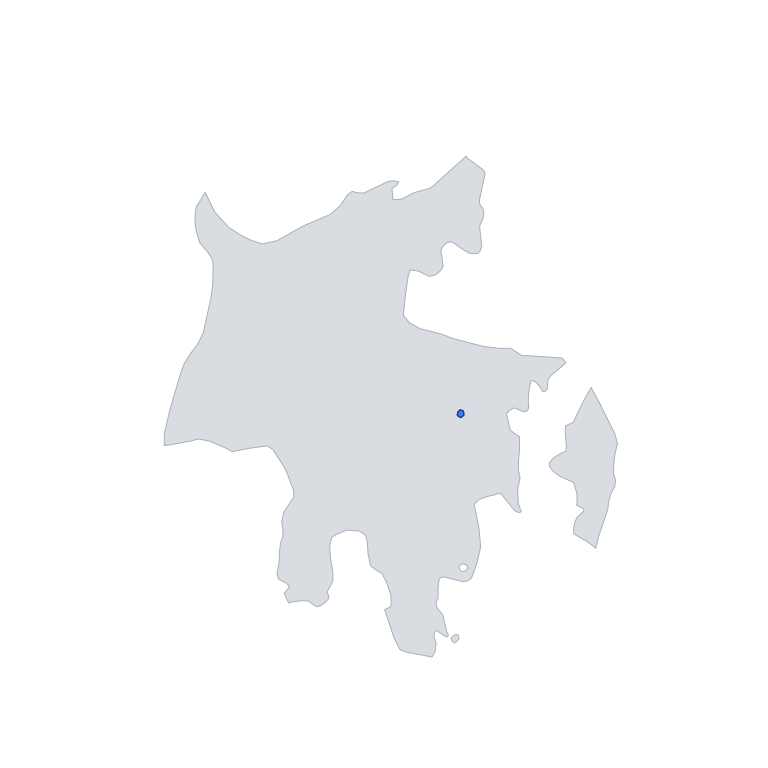 location of Khankendi City, Stepanakert, Azerbaijan, rotated 230°
{"feature_id": "54616110B15657888815271", "entity_name": "Khankendi City", "entity_type": "district", "adm_level": 2, "iso_a3": "AZE", "parent_name": "Azerbaijan", "parent_adm1": "Stepanakert", "projection": "mercator", "projection_center": [46.797, 39.842], "detail": "fine", "context": "in_parent", "style": "filled", "palette": "blue", "viewbox_px": 768, "rotation_deg": 230, "n_neighbors": 0, "source": "geoboundaries", "source_scale": "gbopen_adm2", "svg_char_len": 3680}
<svg xmlns="http://www.w3.org/2000/svg" viewBox="0 0 768 768"><g transform="rotate(230 384 384)"><path d="M505.7,593.3L503.1,593.1L483.9,597.7L479.9,596.3L463.5,575.3L460.2,573.0L453.1,572.1L448.9,568.6L445.6,563.0L443.6,558.8L426.7,547.4L424.2,543.3L423.8,539.6L426.3,536.3L429.2,533.5L437.5,530.6L447.1,528.2L450.2,526.4L451.8,523.4L451.7,518.5L450.1,513.7L436.2,505.0L434.7,501.2L434.3,496.6L435.1,491.8L437.2,488.0L448.6,482.8L454.6,477.5L450.8,471.5L438.6,457.9L424.1,443.0L414.4,442.8L403.2,447.2L385.4,460.0L375.5,465.5L362.6,474.5L348.6,484.5L337.1,495.2L329.9,504.0L317.2,507.8L310.7,515.1L289.3,537.2L283.3,536.9L283.0,526.0L283.2,517.3L281.9,512.3L275.0,505.5L274.9,502.5L276.7,500.7L282.1,501.8L288.9,501.4L292.1,498.7L284.8,489.7L278.3,483.6L272.8,479.5L271.6,477.1L271.6,475.4L272.7,473.3L282.1,468.3L283.1,463.7L282.5,458.6L267.5,451.0L256.3,453.8L246.3,445.3L239.8,438.7L231.8,431.7L224.6,427.8L217.8,419.0L205.8,409.8L198.1,407.2L198.2,405.8L199.6,404.1L202.8,402.7L224.2,403.1L226.8,401.4L228.1,397.5L231.0,391.7L234.4,383.1L234.1,375.9L212.7,364.2L197.2,353.4L186.4,339.2L179.1,326.2L179.3,321.8L181.4,317.7L198.1,305.6L199.2,302.5L198.8,300.4L192.9,294.2L185.4,287.9L183.1,283.2L178.4,280.8L169.5,280.7L153.8,272.8L150.5,272.1L149.7,270.5L150.5,268.9L161.7,265.8L161.5,263.2L158.1,259.7L151.8,257.2L146.0,250.9L144.0,245.3L164.2,228.8L170.2,225.5L183.4,228.6L210.8,239.5L209.0,245.5L211.8,249.0L218.0,253.6L230.1,258.3L240.3,260.7L245.5,258.6L253.4,256.9L263.6,262.3L273.0,269.1L277.7,271.9L280.3,272.7L287.4,270.5L296.0,261.6L299.4,251.0L300.3,245.8L295.3,238.7L285.0,231.0L273.4,224.3L266.0,218.3L261.2,206.5L256.5,205.2L255.2,203.6L254.5,199.6L254.7,194.0L256.3,189.6L261.0,187.7L265.7,187.1L270.0,182.9L275.4,174.8L277.6,170.3L287.7,172.9L289.1,180.1L290.9,181.7L295.0,180.8L302.0,177.8L307.5,180.1L314.6,188.8L324.5,197.9L329.8,204.1L331.9,208.3L336.9,212.4L344.3,217.2L350.2,224.8L355.4,242.3L360.7,246.4L379.7,253.0L386.3,254.4L404.9,256.7L411.5,255.0L421.1,239.9L429.7,224.4L437.8,221.1L452.4,213.6L461.1,206.5L464.8,198.8L473.0,184.3L478.1,176.1L486.7,183.4L501.6,203.0L522.8,235.0L528.0,244.0L531.4,254.4L534.4,267.0L539.2,278.2L560.7,306.2L570.0,316.5L585.2,329.9L590.6,332.8L597.7,333.7L610.7,333.7L622.7,338.9L628.6,342.6L634.8,347.9L640.3,354.0L645.8,370.3L624.9,364.9L604.0,365.7L592.1,369.2L580.6,374.0L569.6,380.7L562.7,393.8L556.9,424.0L548.4,452.1L548.7,465.1L552.4,477.6L552.0,483.5L548.1,486.0L543.2,491.3L536.7,516.9L533.5,522.0L529.3,525.2L528.2,522.2L528.4,515.5L519.3,509.5L514.4,516.2L511.1,530.3L504.4,545.0L504.1,547.9L505.7,593.3ZM195.6,328.9L196.5,324.8L193.9,323.0L191.1,322.9L188.7,324.9L188.7,330.0L192.0,330.9L195.6,328.9ZM126.8,447.0L123.6,442.9L122.2,440.6L131.5,438.7L146.9,433.1L151.0,435.8L155.5,441.4L157.8,446.3L158.2,455.3L160.0,456.7L167.5,453.7L170.9,457.3L176.6,461.7L186.6,465.9L201.0,459.2L208.2,457.5L214.1,457.6L217.3,459.7L218.4,466.7L217.2,475.3L215.6,480.0L218.6,483.4L230.4,491.7L235.3,496.3L232.9,504.2L241.7,523.6L244.7,531.1L248.1,540.4L230.1,536.7L197.7,528.9L188.8,524.9L180.3,514.1L175.3,508.9L167.8,502.2L161.7,499.7L157.1,495.0L154.5,488.1L150.6,481.9L143.9,474.5L128.8,449.6L126.8,447.0ZM146.1,278.1L144.1,279.5L141.0,278.1L140.0,274.9L140.3,271.6L143.4,270.8L145.9,271.8L146.6,274.8L146.1,278.1Z" fill="#d9dde1" stroke="#a8b0b8" stroke-width="1"/><path d="M314.6,422.0L314.3,421.7L313.5,421.0L313.4,420.3L311.5,420.2L310.7,420.7L309.4,420.9L309.0,421.6L308.8,422.2L308.8,423.3L308.8,424.9L309.1,425.5L309.8,426.0L310.5,426.4L311.3,426.9L312.3,427.3L313.3,426.9L314.3,426.4L315.1,426.0L315.2,424.2L315.1,423.3L315.1,422.7L314.6,422.0Z" fill="#3b82f6" stroke="#1e3a8a" stroke-width="1.5"/></g></svg>